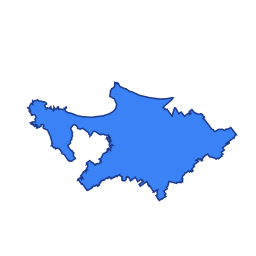 South Gippsland, Victoria, Australia (Natural Earth projection), rotated 135°
{"feature_id": "25037944B76361191538419", "entity_name": "South Gippsland", "entity_type": "district", "adm_level": 2, "iso_a3": "AUS", "parent_name": "Australia", "parent_adm1": "Victoria", "projection": "natural_earth1", "projection_center": [146.257, -38.699], "detail": "fine", "context": "isolated", "style": "filled", "palette": "blue", "viewbox_px": 256, "rotation_deg": 135, "n_neighbors": 0, "source": "geoboundaries", "source_scale": "gbopen_adm2", "svg_char_len": 5923}
<svg xmlns="http://www.w3.org/2000/svg" viewBox="0 0 256 256"><g transform="rotate(135 128 128)"><path d="M74.7,117.4L75.1,118.1L80.4,121.7L84.9,125.9L91.1,133.9L96.9,143.2L99.6,150.7L100.8,152.5L101.7,156.5L101.6,157.2L102.2,157.6L104.1,162.2L104.3,163.7L103.4,166.2L104.1,166.4L103.6,167.4L104.3,167.8L104.1,168.2L104.7,168.5L105.1,169.6L108.0,166.9L110.7,166.9L111.7,167.4L112.1,166.9L114.3,166.7L114.8,165.9L118.5,163.3L117.0,158.3L119.3,152.7L122.7,150.6L124.3,150.2L127.5,150.3L131.0,151.2L137.0,154.2L146.6,161.7L152.3,168.4L154.9,172.1L157.7,178.5L160.1,182.1L159.7,182.8L160.3,183.7L159.7,185.6L157.5,185.9L156.8,186.2L156.8,186.6L158.1,186.2L159.0,187.1L159.4,186.5L160.8,186.7L162.0,188.7L163.6,190.0L163.3,190.1L163.7,190.5L163.6,191.2L162.7,191.4L162.3,192.3L163.1,192.7L163.6,191.8L164.3,192.2L165.3,192.0L166.0,192.9L165.6,195.1L167.5,193.1L168.5,192.8L169.0,192.8L169.4,192.9L168.3,193.1L168.0,193.0L167.1,193.7L169.0,195.5L167.5,197.7L168.2,197.9L169.5,197.2L170.2,197.9L170.7,199.2L173.1,199.0L171.6,199.4L171.7,201.5L171.3,202.5L170.4,203.0L168.7,202.5L168.1,203.2L168.8,205.9L169.9,206.9L170.3,208.4L171.9,209.8L172.1,212.1L173.0,212.0L174.9,213.4L176.6,213.8L176.5,214.3L178.7,212.0L178.9,213.8L181.7,213.2L183.2,212.1L183.9,212.2L184.5,213.2L184.8,212.4L184.1,211.5L184.4,210.0L185.6,210.0L184.9,209.3L184.9,208.7L186.1,208.6L186.5,205.8L187.2,205.1L186.7,204.6L186.3,205.1L184.6,203.8L184.7,202.3L185.5,200.3L187.6,200.0L188.1,198.7L189.4,198.0L190.8,199.6L192.3,200.2L192.6,199.8L193.4,200.5L193.7,198.9L193.1,197.8L192.4,198.2L192.9,196.0L192.2,196.5L191.7,195.4L191.4,195.2L190.8,195.7L190.2,194.7L190.6,194.2L191.8,194.4L190.7,193.1L191.7,192.6L192.2,193.1L192.7,192.8L192.5,192.4L192.2,192.7L190.3,191.2L187.8,190.9L187.4,191.7L186.5,191.5L185.8,190.7L185.7,189.5L185.7,189.1L187.3,188.8L187.9,188.1L187.9,187.0L186.3,183.6L188.7,177.1L192.3,170.9L192.8,171.0L193.3,170.2L194.7,169.7L194.2,169.4L194.5,166.5L193.4,166.0L194.0,164.4L192.3,164.0L191.4,162.4L191.5,159.9L192.7,156.3L191.8,154.2L193.1,147.8L192.9,145.9L192.3,145.9L191.3,144.2L190.2,144.5L187.7,143.6L187.1,144.0L186.7,143.8L186.3,147.1L183.9,148.7L184.3,149.7L183.9,150.1L183.7,151.6L184.1,151.8L184.0,154.6L183.0,158.2L179.6,157.9L177.8,159.7L175.7,159.8L174.7,161.0L173.2,161.4L172.3,162.2L172.2,162.9L170.6,163.8L170.5,164.8L169.9,165.2L169.7,166.6L168.6,168.3L164.7,168.9L163.5,168.4L162.9,166.6L163.0,164.6L163.8,163.4L162.7,161.0L160.2,159.8L159.2,152.6L160.0,151.4L160.0,149.5L160.6,149.1L159.2,149.0L155.5,150.1L154.3,149.7L153.4,148.0L152.7,143.6L152.2,143.4L152.0,142.4L149.7,141.1L149.3,139.4L148.6,138.9L147.8,136.8L146.8,136.8L147.3,134.4L147.9,133.9L148.6,134.3L148.4,135.3L149.1,134.9L149.9,135.8L149.8,136.2L150.8,135.7L149.8,135.2L150.3,135.1L150.8,133.8L149.2,134.7L149.1,133.7L148.8,134.0L147.8,133.4L148.4,133.1L149.0,131.4L149.7,132.2L150.3,132.2L150.7,131.6L151.2,132.1L151.3,131.5L151.0,131.7L150.4,130.8L150.1,131.3L149.5,130.9L151.9,130.3L153.2,129.3L153.7,128.5L153.4,127.6L151.0,127.7L151.0,126.8L151.4,127.4L154.0,127.3L153.4,126.1L155.1,126.0L156.0,124.8L156.1,127.4L157.6,127.7L157.9,127.3L157.3,127.4L157.6,126.2L158.3,126.7L158.7,125.7L158.7,126.4L159.6,126.5L159.7,125.8L163.6,127.3L168.0,125.8L169.4,125.7L169.9,126.4L171.1,126.4L169.7,125.7L169.9,124.5L170.9,124.4L170.9,123.1L172.0,123.6L173.0,122.9L174.0,123.5L174.5,124.5L175.9,125.1L177.1,124.6L177.7,125.4L177.1,125.9L177.5,126.5L177.4,128.6L178.1,129.7L178.1,132.0L181.8,132.6L182.9,131.8L181.7,131.9L182.3,130.6L183.6,129.3L186.9,128.2L186.5,127.1L188.1,127.6L188.6,127.0L188.4,128.2L190.3,128.1L190.6,128.6L191.9,127.9L195.4,127.6L195.2,125.2L195.6,124.2L196.0,125.7L197.2,124.7L197.0,126.6L199.4,127.2L200.5,126.7L199.6,126.3L200.6,121.2L199.7,121.0L201.0,113.1L200.4,113.0L200.5,112.3L195.4,111.1L195.3,111.6L193.0,111.3L192.7,110.3L190.4,110.0L190.7,108.2L188.5,107.9L188.4,108.9L187.1,108.7L187.0,109.3L185.1,109.0L185.1,109.5L182.1,109.0L182.3,108.2L181.5,107.9L179.8,108.2L178.6,107.6L178.3,106.8L177.3,106.5L176.9,107.1L175.8,106.9L175.5,106.4L176.0,105.0L175.0,104.4L175.6,103.9L173.0,103.1L172.4,103.5L172.0,102.6L170.7,102.7L170.3,102.4L170.5,102.1L169.5,101.8L169.6,101.4L168.4,101.6L166.9,101.0L167.5,100.6L167.5,100.0L166.7,98.9L167.1,98.4L166.8,97.4L167.7,97.2L168.3,96.4L168.2,95.7L169.1,95.5L169.2,95.0L167.7,92.9L165.6,92.9L164.5,94.0L163.8,93.8L163.4,94.3L163.0,93.5L162.4,93.4L162.3,92.1L162.8,91.5L162.6,90.0L163.5,89.7L163.6,88.8L157.7,88.0L159.0,83.1L155.1,82.5L155.4,81.1L154.7,80.9L155.0,79.5L160.0,80.3L160.5,78.2L152.7,76.9L153.3,73.9L153.9,74.0L154.3,71.8L153.6,71.7L154.7,66.0L154.5,65.2L155.5,64.9L154.9,64.2L152.2,64.0L150.7,63.2L152.8,62.3L154.1,60.0L156.0,60.4L156.6,56.8L156.9,56.9L157.1,54.6L153.6,54.0L153.8,53.6L151.7,53.5L149.7,52.7L149.3,54.9L147.9,54.6L147.4,58.0L143.1,57.3L142.8,59.0L140.8,58.8L136.8,61.2L132.7,54.4L131.8,54.9L129.2,52.1L129.0,53.0L127.5,51.4L125.3,53.4L126.0,54.0L122.8,55.6L121.3,55.2L119.2,55.8L118.5,55.2L115.3,54.8L115.5,53.4L113.7,53.2L113.9,51.9L112.3,51.7L111.9,54.0L108.2,53.9L108.0,55.4L101.9,54.6L101.8,55.6L102.6,57.0L99.8,56.6L100.0,55.1L99.1,55.0L99.2,52.6L98.0,52.5L97.9,54.0L95.7,53.7L95.6,54.2L90.2,53.4L90.7,50.0L88.4,46.5L87.7,43.7L86.0,43.3L85.8,42.3L81.5,41.7L81.3,42.7L79.4,42.4L79.8,43.1L79.2,44.6L79.6,44.9L75.5,44.3L75.1,47.2L69.9,46.5L69.7,47.6L68.3,47.4L68.5,46.0L67.0,45.8L66.8,47.3L60.2,46.3L60.2,45.9L57.1,47.2L56.1,46.5L55.0,55.7L57.9,56.5L59.6,57.9L61.2,57.7L62.1,60.2L64.5,62.6L65.6,63.3L68.7,63.8L69.2,64.3L69.3,65.3L68.8,66.3L69.6,67.8L67.8,80.3L68.2,80.4L68.2,81.8L66.3,81.6L66.2,82.3L66.5,82.4L66.2,85.0L65.9,85.0L66.4,86.6L68.1,87.6L69.4,89.2L69.2,89.9L70.2,91.9L69.8,95.9L72.9,96.3L73.4,93.6L74.8,93.8L74.6,95.7L79.8,96.4L79.1,101.8L82.0,102.2L80.2,108.5L80.8,109.3L88.5,105.3L87.1,113.7L88.2,113.9L88.2,115.6L88.8,115.7L88.2,116.2L88.7,116.7L88.5,117.9L77.4,117.1L74.7,117.4Z" fill="#3b82f6" stroke="#1e3a8a" stroke-width="1.5"/></g></svg>